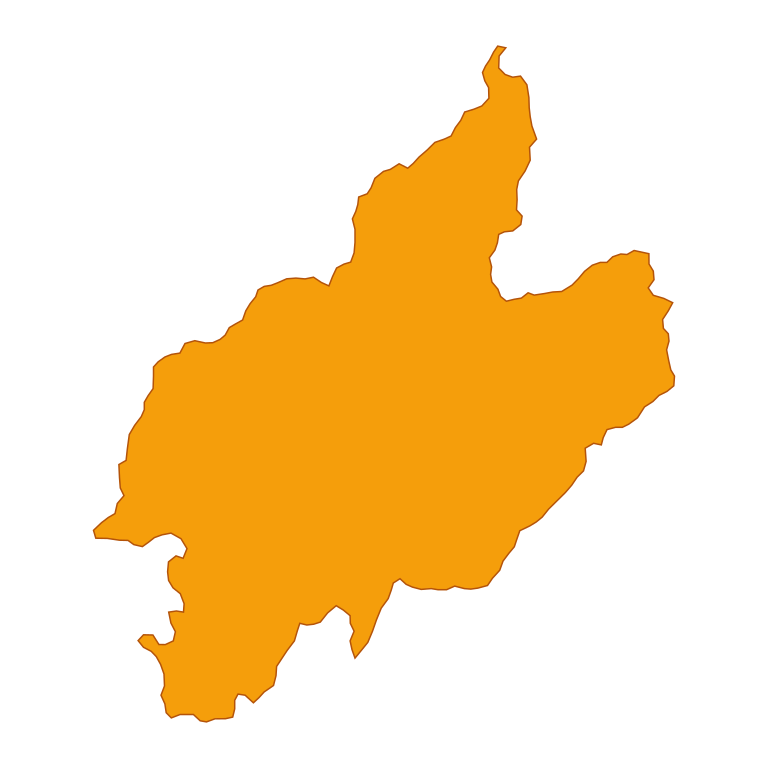 Mar de Espanha, Minas Gerais, Brazil
{"feature_id": "56859067B7164337679513", "entity_name": "Mar de Espanha", "entity_type": "district", "adm_level": 2, "iso_a3": "BRA", "parent_name": "Brazil", "parent_adm1": "Minas Gerais", "projection": "natural_earth1", "projection_center": [-43.018, -21.864], "detail": "fine", "context": "isolated", "style": "filled", "palette": "amber", "viewbox_px": 768, "rotation_deg": 0, "n_neighbors": 0, "source": "geoboundaries", "source_scale": "gbopen_adm2", "svg_char_len": 3438}
<svg xmlns="http://www.w3.org/2000/svg" viewBox="0 0 768 768"><path d="M674.5,376.1L670.8,369.9L668.7,360.6L666.6,349.8L669.0,341.1L668.3,333.8L663.4,328.4L662.6,319.5L668.3,310.8L672.7,302.7L663.8,298.4L653.3,295.3L648.2,287.9L654.0,279.7L653.3,271.1L649.0,264.0L648.9,253.7L634.1,250.5L627.0,254.5L620.8,254.0L612.7,256.8L606.9,262.4L600.3,262.4L592.3,265.2L584.6,271.3L578.2,278.9L572.1,285.1L561.7,291.5L552.7,292.0L544.7,293.5L534.2,295.1L528.1,292.8L521.4,298.1L514.1,299.3L506.4,301.2L500.6,296.5L497.9,289.2L491.9,282.0L490.6,274.4L491.6,266.9L489.3,257.8L494.9,250.1L497.4,242.8L498.7,234.4L504.4,231.8L512.8,230.9L520.8,224.5L522.1,216.1L516.5,209.9L517.1,199.8L516.7,189.5L518.4,180.9L525.1,171.0L530.2,160.2L529.5,147.2L536.6,139.1L531.9,126.0L530.2,116.7L529.2,107.7L528.9,97.6L526.9,84.8L520.5,76.1L512.7,77.2L505.1,74.5L498.7,68.0L499.1,56.0L505.8,47.8L497.7,46.1L493.6,52.1L489.7,59.8L485.5,66.1L482.5,72.5L484.8,80.8L488.6,87.6L488.9,98.3L481.8,106.0L473.9,109.2L464.7,112.0L460.8,120.3L455.4,127.6L451.1,136.0L444.3,139.1L434.9,142.4L427.2,150.0L419.1,157.0L413.2,163.5L407.7,168.2L399.1,163.8L390.3,169.4L383.5,171.4L374.9,178.3L371.1,187.8L367.2,193.8L358.7,197.0L357.8,204.6L355.8,211.4L352.4,218.9L355.0,229.3L355.0,242.5L354.1,252.9L350.7,262.1L344.0,264.1L336.6,268.0L332.5,276.7L328.9,285.9L321.4,282.5L313.5,277.2L305.1,278.9L295.9,278.1L286.7,278.8L277.6,282.8L271.2,285.3L264.2,286.4L258.0,290.0L255.7,296.8L250.1,303.7L245.8,310.8L242.6,320.0L235.6,323.9L229.3,327.6L225.2,335.1L220.1,339.4L212.8,342.7L205.4,343.0L194.8,340.7L185.0,343.5L179.9,353.1L171.5,354.4L164.9,357.0L158.2,361.8L153.5,367.0L153.5,376.1L153.1,388.6L148.1,395.7L144.3,402.3L144.3,409.7L141.3,416.6L134.7,425.3L129.3,434.5L127.4,448.5L126.1,460.4L118.9,464.5L119.5,477.7L120.3,488.0L124.0,495.6L117.3,503.5L115.0,513.6L108.3,517.5L101.5,522.7L93.5,530.3L95.8,538.2L107.3,538.4L119.5,540.2L128.0,540.4L133.8,544.6L142.4,546.6L148.4,542.3L154.4,537.6L162.1,534.8L171.0,533.1L181.0,538.7L187.0,548.6L183.1,558.3L176.0,555.9L168.5,561.9L167.6,571.8L168.6,580.5L173.0,587.8L180.3,593.7L184.1,603.7L183.5,612.1L176.4,611.0L168.7,612.1L170.9,623.0L175.4,631.7L173.3,640.9L165.3,644.6L158.9,644.5L152.9,635.0L143.5,634.8L138.1,640.6L143.5,647.3L151.2,651.3L156.3,656.6L160.6,664.4L164.0,674.0L164.5,686.0L161.0,695.2L164.9,703.9L166.2,712.7L171.3,717.9L180.1,714.5L193.4,714.5L200.2,720.8L206.5,721.9L215.0,718.8L225.5,718.7L232.7,717.1L234.7,708.9L234.7,700.3L238.0,694.1L245.1,695.2L253.4,702.8L258.9,697.7L264.2,691.9L273.5,685.5L276.0,675.7L276.6,666.4L280.7,660.2L287.1,650.5L294.4,640.9L297.4,630.6L299.8,623.3L306.8,625.0L313.7,624.2L320.3,622.1L327.6,612.9L336.2,605.7L343.4,610.1L350.1,615.7L350.3,623.3L354.1,631.2L350.1,640.9L352.0,649.6L355.0,658.1L361.0,650.8L367.8,642.4L372.5,631.2L376.5,619.7L381.2,608.2L388.2,598.6L391.2,590.2L393.3,583.0L400.0,578.7L406.1,584.3L412.4,587.1L421.2,589.4L431.2,588.6L437.9,589.7L446.6,589.7L454.7,586.1L464.4,588.6L470.8,589.1L477.9,588.1L487.5,585.5L492.5,578.2L499.7,570.3L503.0,561.1L508.7,553.5L514.3,546.8L516.7,539.6L519.8,530.7L529.8,525.9L536.2,522.0L542.2,517.1L548.6,509.1L556.9,500.9L565.4,492.5L571.7,485.2L577.1,477.2L583.5,470.9L586.1,461.4L585.2,448.2L593.6,443.3L601.3,444.9L603.2,437.7L607.0,429.6L615.6,427.3L622.4,427.3L628.7,424.2L637.5,417.8L644.5,406.9L652.9,401.5L659.0,395.4L667.0,391.4L673.8,385.8L674.5,376.1Z" fill="#f59e0b" stroke="#b45309" stroke-width="1.5"/></svg>